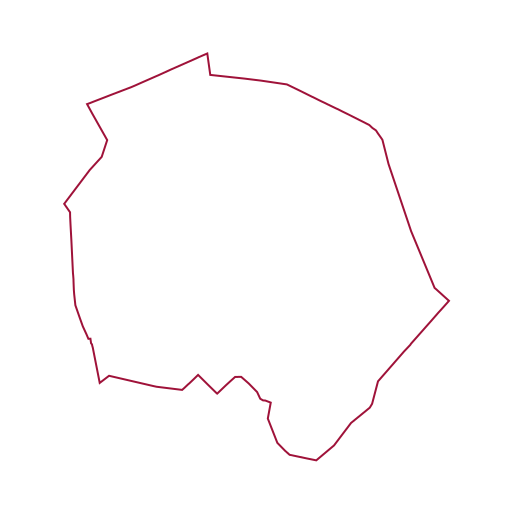 Ķegums, Ogre, Latvia, rotated 279°
{"feature_id": "27541924B39135801304013", "entity_name": "Ķegums", "entity_type": "district", "adm_level": 2, "iso_a3": "LVA", "parent_name": "Latvia", "parent_adm1": "Ogre", "projection": "mercator", "projection_center": [24.717, 56.74], "detail": "fine", "context": "isolated", "style": "outline", "palette": "rose", "viewbox_px": 512, "rotation_deg": 279, "n_neighbors": 0, "source": "geoboundaries", "source_scale": "gbopen_adm2", "svg_char_len": 1629}
<svg xmlns="http://www.w3.org/2000/svg" viewBox="0 0 512 512"><g transform="rotate(279 256 256)"><path d="M106.2,121.5L114.7,129.6L111.5,174.8L111.3,178.2L112.2,204.0L114.4,205.8L118.7,209.1L119.7,210.0L124.8,213.9L129.5,217.4L121.2,228.9L114.1,238.9L114.0,239.2L123.6,246.5L128.5,250.4L133.3,254.3L134.3,260.3L129.0,268.7L121.8,278.4L115.7,282.5L114.5,285.5L114.7,287.8L113.5,293.5L97.3,293.1L74.8,306.3L68.1,315.3L64.9,320.3L64.0,338.1L63.6,347.5L77.2,359.3L81.1,362.7L93.1,369.1L106.0,376.0L124.0,392.1L128.2,393.8L151.3,396.1L184.8,417.1L192.4,422.3L193.6,422.8L220.3,439.8L228.6,445.0L235.0,449.2L241.9,453.6L246.4,446.7L251.5,438.9L252.4,437.4L256.5,434.9L304.8,405.3L367.6,372.5L390.5,362.7L391.8,361.5L396.2,357.2L398.1,355.5L398.9,354.7L400.4,351.5L400.7,350.9L403.1,347.4L410.7,323.7L412.2,318.8L413.8,313.9L414.2,312.3L416.4,305.0L416.6,304.5L416.7,304.1L416.8,303.6L417.8,300.5L418.8,297.0L419.9,293.4L420.9,290.3L421.9,287.1L421.9,286.9L422.0,286.6L426.2,273.2L430.3,259.7L430.0,233.3L429.4,216.5L427.7,182.5L448.4,176.2L443.4,168.3L442.7,167.3L427.0,143.0L419.1,131.1L418.3,129.8L412.9,121.4L409.5,116.1L405.6,110.1L403.4,106.6L392.7,88.0L389.6,82.7L383.1,71.5L381.2,68.3L379.6,65.4L370.9,72.1L347.2,90.9L329.8,88.1L314.9,78.3L288.8,64.4L277.5,58.4L270.1,65.5L265.6,66.3L258.4,67.8L242.1,71.3L210.4,77.9L208.1,78.5L204.3,79.4L203.1,79.6L198.5,80.5L194.0,81.4L191.9,81.9L189.8,82.4L188.7,82.7L179.1,85.3L167.0,91.8L159.5,95.9L154.7,99.1L152.3,100.7L148.0,103.4L148.4,105.4L143.9,106.8L143.1,107.8L142.9,107.9L142.0,108.2L140.4,108.9L140.3,109.0L106.2,121.5Z" fill="none" stroke="#9f1239" stroke-width="2"/></g></svg>